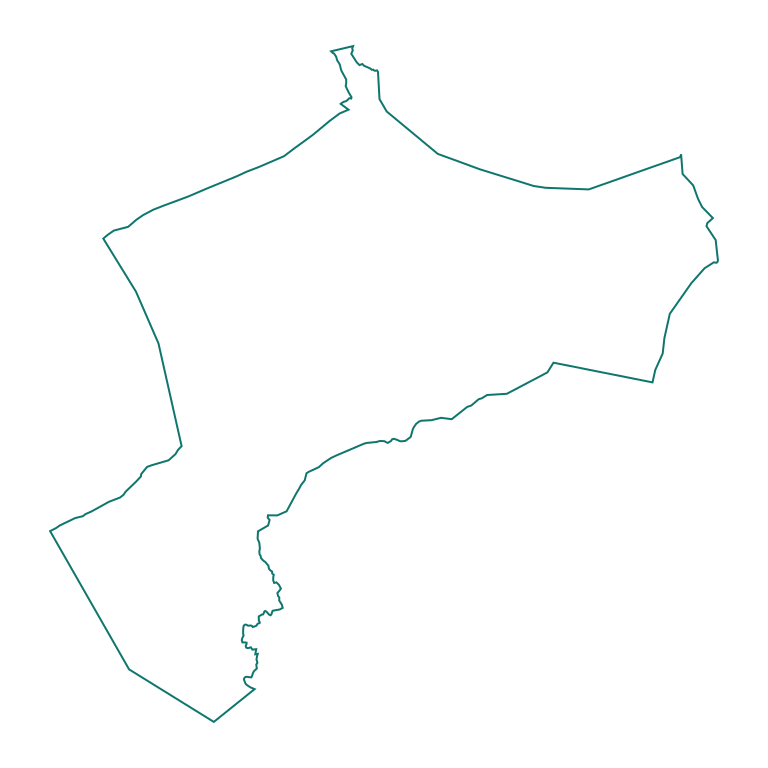 Teococuilco de Marcos Pérez, Oaxaca, Mexico (Mercator projection)
{"feature_id": "50627088B57116548490410", "entity_name": "Teococuilco de Marcos Pérez", "entity_type": "district", "adm_level": 2, "iso_a3": "MEX", "parent_name": "Mexico", "parent_adm1": "Oaxaca", "projection": "mercator", "projection_center": [-96.676, 17.319], "detail": "fine", "context": "isolated", "style": "outline", "palette": "teal", "viewbox_px": 768, "rotation_deg": 0, "n_neighbors": 0, "source": "geoboundaries", "source_scale": "gbopen_adm2", "svg_char_len": 3418}
<svg xmlns="http://www.w3.org/2000/svg" viewBox="0 0 768 768"><path d="M353.1,46.1L331.1,51.3L332.6,52.8L334.1,53.6L336.1,56.6L337.2,60.4L339.0,63.1L340.0,65.1L340.7,68.5L341.6,71.1L344.4,76.2L346.2,79.5L346.2,83.3L345.7,86.0L347.0,89.0L348.8,92.6L350.3,95.2L351.5,97.2L351.2,98.5L349.9,98.2L349.2,98.3L347.4,100.1L346.0,101.2L344.1,101.7L342.3,102.6L340.7,103.9L348.5,109.7L339.6,113.5L329.8,120.8L312.8,134.9L301.2,143.4L294.8,148.0L284.0,156.2L258.4,167.2L246.4,171.8L237.4,176.0L206.0,188.9L188.0,196.6L164.5,205.3L153.3,209.7L143.1,215.1L136.3,219.8L128.2,226.8L113.8,230.6L107.9,234.7L105.4,236.8L103.3,238.6L136.0,291.7L158.5,343.5L181.6,446.1L178.0,449.9L175.5,454.1L168.6,460.3L151.8,465.2L147.1,466.9L141.2,474.1L140.9,476.5L135.9,481.8L125.7,491.6L123.5,494.8L120.1,497.5L108.9,501.8L91.4,511.5L85.3,514.2L83.1,516.1L75.1,518.1L59.9,525.4L56.0,528.1L50.1,531.1L129.1,669.4L181.7,702.0L213.8,721.9L254.6,689.1L250.5,687.4L248.8,686.3L247.0,685.1L245.6,683.8L244.3,680.6L243.9,679.1L244.6,677.7L245.7,676.9L248.1,676.9L249.2,677.2L251.4,677.3L252.0,675.9L253.1,672.8L253.7,671.6L254.3,670.9L255.3,669.9L256.8,668.5L256.3,664.5L257.4,662.8L256.5,659.5L257.0,656.4L257.7,653.9L255.3,654.3L256.2,649.2L252.4,649.6L250.8,647.3L249.6,647.7L248.1,648.1L247.4,648.0L246.9,647.9L246.6,647.8L246.3,647.7L246.1,647.4L245.7,645.8L246.5,644.2L246.6,642.7L244.9,642.4L242.4,642.4L241.8,640.1L242.2,638.3L243.6,635.4L243.2,634.2L243.1,631.9L243.3,627.7L243.8,625.6L244.8,624.7L246.3,624.7L248.1,625.7L250.8,625.5L252.0,626.0L252.7,627.0L254.8,626.4L256.4,625.7L257.7,623.7L259.6,623.1L259.7,622.0L258.9,620.8L258.7,616.9L259.1,616.1L260.6,615.4L261.7,614.6L263.1,614.4L263.9,612.9L264.3,611.6L265.1,611.0L266.4,611.6L268.0,613.4L269.3,614.8L270.5,615.3L271.4,614.4L271.9,612.8L272.6,610.8L274.4,610.4L279.6,609.5L282.7,607.9L281.9,604.8L279.2,600.5L279.3,597.5L278.0,595.9L277.4,593.0L279.3,590.9L280.9,588.6L278.9,584.8L276.4,582.4L274.1,582.9L273.2,580.2L273.3,576.7L273.8,574.9L272.2,573.5L272.1,571.6L270.0,570.1L268.9,568.5L268.4,565.7L265.3,562.0L263.4,560.7L261.0,558.1L260.6,555.8L259.6,554.3L259.3,551.3L259.9,548.7L259.3,542.8L257.6,538.6L258.0,531.3L268.1,525.5L269.6,520.0L267.7,517.7L268.0,515.3L277.3,515.4L286.6,511.3L296.3,493.3L299.0,488.9L301.1,484.9L304.7,480.4L306.5,473.3L308.6,471.9L318.9,467.1L323.2,463.2L331.0,458.0L336.7,455.3L364.2,443.6L367.1,442.9L376.4,442.0L379.4,441.1L381.4,441.0L384.5,441.2L386.1,442.2L387.8,442.9L391.1,440.9L392.2,439.2L394.0,438.8L395.8,439.4L397.9,440.2L400.0,441.2L401.9,441.3L405.3,440.9L407.3,439.5L409.4,437.9L410.7,436.9L411.2,435.1L412.9,429.0L414.0,426.9L415.1,425.4L416.1,423.9L419.3,421.4L421.6,420.7L431.4,420.2L441.1,417.8L451.7,419.2L467.2,406.9L471.3,405.5L478.7,399.2L481.8,398.3L487.1,395.0L506.8,393.8L547.4,372.4L553.5,362.7L652.5,382.4L655.3,369.9L662.7,353.5L664.4,338.1L669.8,313.8L691.3,283.2L704.6,268.2L713.9,262.3L714.3,262.4L714.8,262.5L715.3,262.6L716.1,262.8L716.8,262.6L717.7,261.6L717.9,260.1L716.9,251.3L715.7,240.1L706.5,226.2L707.3,223.1L712.9,218.1L702.1,207.0L698.1,199.0L693.2,185.4L682.6,174.0L681.1,154.3L680.2,157.1L588.8,189.4L545.7,187.8L533.7,186.0L479.9,169.3L437.8,153.9L386.7,111.5L379.5,99.1L378.0,71.9L377.0,70.4L375.2,70.8L373.8,70.3L373.3,69.7L371.9,69.8L369.9,68.3L364.1,65.8L362.3,64.0L359.5,65.1L356.7,62.3L354.7,59.2L351.3,53.8L352.8,50.3L352.2,48.5L353.1,46.1Z" fill="none" stroke="#0f766e" stroke-width="2"/></svg>